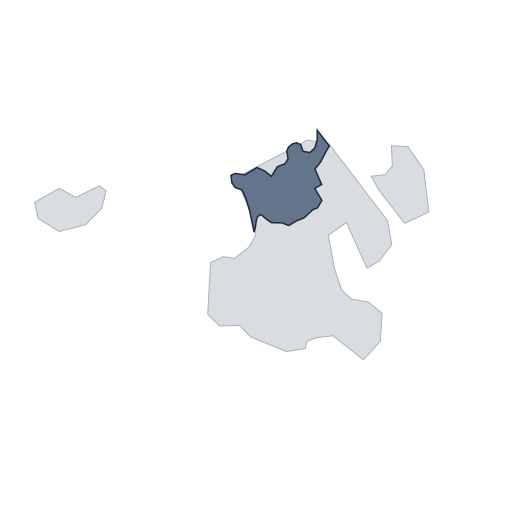 location of Jomala within Aland, rotated 158°
{"feature_id": "ALD-4810", "entity_name": "Jomala", "entity_type": "state/province", "adm_level": 1, "iso_a3": "ALA", "parent_name": "Aland", "parent_adm1": "", "projection": "mercator", "projection_center": [19.918, 60.13], "detail": "fine", "context": "in_parent", "style": "filled", "palette": "slate", "viewbox_px": 512, "rotation_deg": 158, "n_neighbors": 0, "source": "natural_earth", "source_scale": "10m", "svg_char_len": 1442}
<svg xmlns="http://www.w3.org/2000/svg" viewBox="0 0 512 512"><g transform="rotate(158 256 256)"><path d="M230.0,157.6L240.5,157.8L245.2,151.9L263.6,156.0L291.3,182.9L296.9,197.5L316.0,204.9L322.6,220.0L300.6,266.9L286.9,267.8L276.7,261.9L258.8,267.0L248.2,275.8L244.7,295.3L245.3,336.0L164.7,344.2L146.2,332.3L120.9,239.6L125.9,215.6L143.0,205.4L157.6,203.2L159.7,253.2L181.2,248.2L187.9,215.3L189.4,192.0L183.6,180.3L169.0,171.2L160.6,155.6L172.7,130.4L195.2,119.6L214.5,153.2L230.0,157.6ZM117.4,271.3L119.2,286.8L106.0,283.0L95.9,288.3L89.1,307.4L74.2,300.5L68.1,273.1L79.3,232.1L105.9,230.5L117.4,271.3ZM443.9,372.5L441.1,388.8L413.0,392.4L401.3,377.9L375.0,379.7L370.5,372.5L381.3,358.0L402.2,348.9L429.3,352.5L443.9,372.5Z" fill="#d9dde1" stroke="#a8b0b8" stroke-width="1"/><path d="M202.7,330.8L194.6,330.7L190.0,334.0L189.0,337.8L188.3,341.6L185.0,344.8L180.3,346.3L175.7,345.7L172.8,342.4L173.2,335.4L167.2,331.7L161.0,334.1L155.7,340.9L152.1,349.6L146.8,330.6L152.5,326.2L160.9,318.9L168.8,314.6L168.3,297.7L176.2,296.7L174.1,282.9L180.9,277.6L186.2,277.6L197.2,273.4L205.1,273.4L214.2,272.0L219.4,276.9L229.2,281.1L232.4,286.0L234.9,290.9L237.0,293.0L240.4,291.4L243.0,287.8L245.6,283.2L248.8,278.8L244.9,300.9L243.9,311.6L244.1,321.3L245.3,323.7L247.6,325.3L249.9,327.8L250.9,333.1L249.0,340.2L244.4,340.3L235.8,335.4L221.9,337.7L216.1,331.5L211.9,324.1L202.7,330.8Z" fill="#64748b" stroke="#1e293b" stroke-width="1.5"/></g></svg>